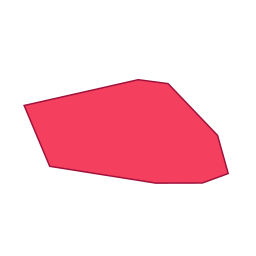 the border of Lankaran, rotated 279°
{"feature_id": "AZE-5562", "entity_name": "Lankaran", "entity_type": "Municipality", "adm_level": 1, "iso_a3": "AZE", "parent_name": "Azerbaijan", "parent_adm1": "", "projection": "albers", "projection_center": [48.841, 38.757], "detail": "fine", "context": "isolated", "style": "filled", "palette": "rose", "viewbox_px": 256, "rotation_deg": 279, "n_neighbors": 0, "source": "natural_earth", "source_scale": "10m", "svg_char_len": 283}
<svg xmlns="http://www.w3.org/2000/svg" viewBox="0 0 256 256"><g transform="rotate(279 128 128)"><path d="M134.0,21.9L177.3,130.5L178.1,160.6L134.7,217.6L98.7,234.1L85.3,210.0L77.9,164.0L77.9,108.7L77.9,56.7L134.0,21.9Z" fill="#f43f5e" stroke="#9f1239" stroke-width="1.5"/></g></svg>